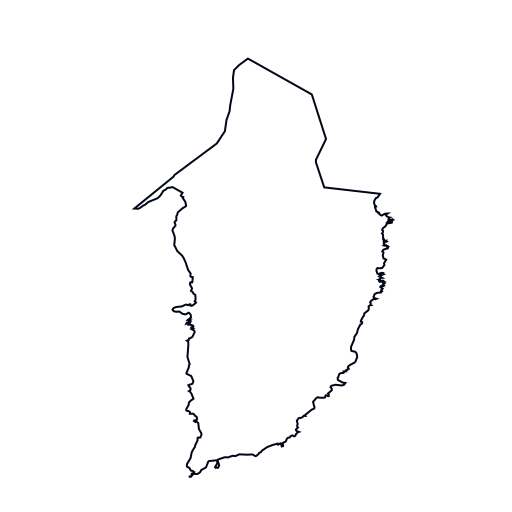 outline of Djando, Moûhîlî, Comoros, rotated 69°
{"feature_id": "10938185B42418571168375", "entity_name": "Djando", "entity_type": "district", "adm_level": 2, "iso_a3": "COM", "parent_name": "Comoros", "parent_adm1": "Moûhîlî", "projection": "equal_earth", "projection_center": [43.833, -12.356], "detail": "fine", "context": "isolated", "style": "outline", "palette": "ink", "viewbox_px": 512, "rotation_deg": 69, "n_neighbors": 0, "source": "geoboundaries", "source_scale": "gbopen_adm2", "svg_char_len": 6160}
<svg xmlns="http://www.w3.org/2000/svg" viewBox="0 0 512 512"><g transform="rotate(69 256 256)"><path d="M168.1,352.6L169.7,349.0L169.6,347.2L168.5,343.2L168.4,341.3L167.0,337.2L166.8,327.2L165.3,323.6L162.0,319.2L161.5,315.9L160.8,314.7L160.8,313.3L161.5,311.6L161.5,310.2L161.9,309.1L170.6,301.9L172.6,304.5L174.0,304.0L174.9,302.8L175.7,303.6L180.0,302.6L183.6,303.1L184.3,303.4L185.2,307.7L187.2,313.3L189.5,315.0L190.3,316.1L194.2,317.6L194.8,319.4L195.4,320.0L198.0,320.0L198.9,320.4L200.4,323.3L201.9,324.8L207.9,324.9L210.5,325.4L216.5,328.4L223.3,327.7L229.0,324.9L231.7,324.3L236.9,324.0L244.7,324.4L248.9,323.3L251.1,324.5L252.0,324.3L253.1,322.6L257.6,324.8L257.8,325.3L257.1,326.5L257.2,326.9L258.8,327.9L263.3,327.3L265.3,329.2L267.0,328.0L268.5,328.0L270.6,326.6L274.8,327.9L276.4,329.5L277.3,328.8L278.1,328.7L279.4,332.6L279.4,334.0L278.6,335.1L277.7,334.6L277.3,335.0L277.5,337.2L276.6,338.1L276.2,339.2L276.5,343.3L275.0,348.8L275.0,351.1L275.4,352.3L276.3,353.2L278.2,352.5L279.6,350.2L280.3,347.6L283.5,345.4L284.6,343.9L285.2,342.8L285.2,342.0L284.8,339.3L286.0,338.4L287.5,338.1L289.8,338.5L290.5,340.1L290.9,339.6L291.4,340.0L291.0,341.8L291.3,342.6L292.4,340.6L292.6,341.6L293.4,341.0L293.6,343.1L293.3,344.4L294.2,345.3L294.2,342.7L294.7,341.5L295.2,342.0L295.6,343.9L295.9,343.9L295.9,342.3L296.4,342.3L298.4,339.7L299.2,339.6L299.6,340.0L299.5,342.0L299.8,342.1L301.0,340.8L301.1,342.4L303.5,340.4L305.2,340.6L308.7,344.4L309.1,346.3L309.0,348.1L310.2,348.8L310.3,350.8L311.5,349.9L315.2,351.2L325.7,356.2L333.3,356.7L334.2,357.9L335.7,358.5L340.5,363.0L341.1,363.0L344.8,359.5L349.9,359.3L350.8,359.5L352.5,361.2L352.3,365.4L353.2,365.5L355.4,364.6L356.8,364.7L357.7,365.4L358.1,367.0L359.1,366.2L361.3,365.6L366.8,365.5L367.8,369.2L368.6,370.8L369.1,371.4L370.9,372.2L373.6,375.6L374.7,376.4L375.6,376.2L376.6,374.6L377.9,373.6L379.6,374.3L380.6,371.4L381.8,370.5L383.2,370.3L384.7,369.1L386.9,369.3L387.5,369.8L387.8,370.4L387.4,372.6L387.8,373.1L389.2,372.1L388.7,371.5L388.8,371.0L391.3,369.8L397.2,371.3L401.5,370.6L403.1,370.8L405.5,373.0L405.5,373.7L404.7,374.9L405.0,375.8L407.2,376.6L410.8,380.5L412.3,381.4L414.7,384.7L416.7,386.7L421.2,389.5L425.4,394.9L427.1,395.8L428.2,395.8L429.8,394.2L433.0,393.7L433.9,392.2L435.6,391.1L436.6,392.0L436.1,393.3L436.3,394.1L437.7,394.8L438.2,395.9L438.1,397.0L438.4,397.0L438.8,395.8L437.2,393.0L437.3,391.4L438.2,389.7L438.5,388.0L437.7,385.5L436.2,383.8L435.4,378.4L430.9,374.3L430.6,373.5L432.6,365.9L434.1,365.8L435.8,366.6L438.4,369.9L439.3,369.5L439.4,368.4L440.0,367.8L440.0,367.2L438.4,365.4L433.1,365.1L432.4,364.5L432.6,358.4L432.8,356.8L434.0,354.5L434.1,349.7L435.4,346.8L435.2,342.6L438.3,335.5L440.0,330.4L442.6,328.3L442.8,327.6L441.9,324.8L441.0,323.7L440.8,321.6L439.9,320.3L438.4,314.2L438.4,308.3L438.9,303.1L440.0,303.1L440.1,302.7L439.6,300.5L439.8,299.9L443.0,300.2L443.2,298.9L442.7,298.5L441.3,298.5L440.1,297.8L439.8,294.6L437.7,292.7L437.2,291.5L437.4,289.3L436.5,288.1L436.5,286.4L438.1,284.8L438.0,283.8L436.5,282.5L436.3,281.4L435.6,280.7L435.6,279.0L434.2,280.6L433.1,281.1L432.2,280.8L431.2,278.3L430.1,278.7L428.5,278.0L427.8,277.3L424.4,276.9L422.7,274.3L422.7,273.5L423.2,272.4L423.2,270.6L422.3,268.7L423.0,267.2L422.1,267.3L419.4,259.0L419.3,256.5L418.5,255.7L412.6,255.0L410.1,250.3L410.0,248.8L411.1,247.5L412.7,243.3L412.7,242.2L411.4,241.3L411.1,240.5L412.7,238.9L412.7,238.3L412.2,238.5L411.3,237.7L410.2,238.1L408.5,233.4L407.0,232.8L405.2,233.4L404.5,232.8L404.2,231.9L404.7,227.9L407.7,222.2L407.7,219.8L406.5,218.1L405.3,220.4L401.0,224.0L398.9,223.4L398.5,222.6L396.1,220.6L395.7,219.1L396.5,216.2L395.9,215.2L395.3,215.4L395.9,213.1L394.9,213.0L395.0,211.2L394.5,211.0L394.5,209.9L393.0,210.2L392.0,209.2L391.4,207.1L390.8,202.2L390.3,201.1L387.5,198.5L386.5,197.7L383.9,197.1L381.9,197.2L380.6,198.1L379.0,200.8L377.6,200.9L374.8,199.8L369.4,194.5L366.7,193.1L364.1,189.3L361.0,187.2L357.4,183.2L357.3,181.7L356.3,180.7L355.6,180.7L354.9,181.7L354.1,181.3L351.5,178.5L350.3,176.5L348.4,175.4L346.9,170.5L345.3,169.4L343.3,168.9L342.8,166.9L343.1,166.1L342.4,166.4L341.1,165.8L340.0,166.0L339.0,164.3L338.3,161.0L339.1,160.1L339.1,158.8L337.9,160.3L337.9,161.1L336.2,160.9L335.6,160.1L334.5,159.4L333.9,158.3L333.9,155.9L334.8,152.3L334.0,152.1L334.0,151.5L333.5,151.9L332.7,151.3L332.6,150.3L331.9,150.1L331.8,149.6L329.4,151.1L329.1,150.8L328.8,150.2L329.6,148.3L328.9,148.4L329.2,147.2L328.3,147.5L327.7,146.1L327.3,147.0L326.5,147.0L326.3,146.2L325.9,147.2L325.6,147.2L325.7,145.7L324.7,146.0L324.2,147.3L324.2,148.2L324.7,148.8L324.6,149.6L323.8,150.1L323.0,150.0L322.6,149.4L322.1,149.8L322.3,148.7L321.7,148.6L321.2,147.2L321.5,146.2L319.2,148.2L319.0,146.7L318.2,146.9L318.2,146.4L318.8,145.8L318.8,143.3L318.0,143.9L317.5,143.4L316.6,145.2L316.8,147.9L315.9,149.0L312.8,148.8L311.6,148.2L310.8,147.0L312.1,144.1L312.4,142.6L310.5,139.4L308.7,139.1L306.1,135.8L303.8,137.9L302.1,137.5L301.2,137.6L298.6,135.8L297.8,135.8L297.0,136.5L295.8,135.0L295.8,131.9L296.2,130.7L295.7,129.8L295.0,130.0L294.6,129.1L293.7,129.8L293.5,130.5L292.8,130.5L292.5,132.2L291.9,133.0L291.5,131.8L291.1,131.7L290.4,132.3L288.8,131.7L288.8,130.8L289.3,129.9L289.3,128.8L288.4,129.5L288.1,130.9L287.9,130.1L287.5,131.2L286.3,130.6L286.0,131.3L281.6,129.8L280.1,130.3L279.5,129.2L278.0,128.4L277.1,128.9L276.3,128.5L275.3,127.1L274.8,124.9L273.9,123.5L272.8,122.5L272.8,121.6L271.9,121.9L271.7,121.1L273.3,119.4L273.5,117.2L273.0,116.9L272.6,118.8L271.5,120.5L271.1,120.6L270.5,119.8L270.8,118.1L271.7,117.3L271.8,116.5L271.3,116.2L271.3,115.0L270.5,115.5L270.8,116.7L270.6,117.7L269.0,119.0L268.4,118.5L268.1,117.2L267.4,118.4L265.6,119.8L264.0,120.2L263.5,117.9L262.8,120.0L262.8,121.4L263.3,124.2L261.4,125.7L259.8,125.6L259.6,126.5L258.6,126.5L257.6,127.6L252.8,127.4L252.5,127.1L252.8,126.2L252.3,126.2L251.9,126.9L248.7,126.8L246.8,125.7L245.0,123.5L244.8,121.4L242.4,117.9L216.4,167.7L189.9,166.5L187.6,165.5L171.9,148.7L125.2,146.0L68.8,192.8L71.6,203.1L74.6,209.9L81.5,213.7L91.7,217.2L106.3,226.2L111.4,228.8L118.3,234.7L128.3,240.3L136.9,252.3L151.2,303.2L152.3,304.4L168.1,352.6Z" fill="none" stroke="#020617" stroke-width="2"/></g></svg>